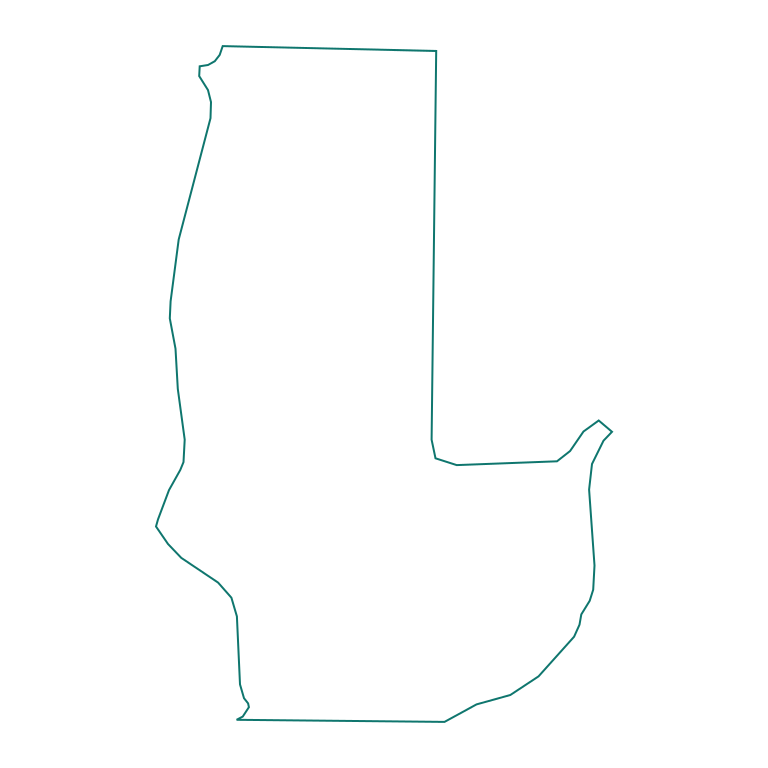 map outline of Davao (Natural Earth projection)
{"feature_id": "PHL-5528", "entity_name": "Davao", "entity_type": "Highly Urbanized City", "adm_level": 1, "iso_a3": "PHL", "parent_name": "Philippines", "parent_adm1": "", "projection": "natural_earth1", "projection_center": [125.415, 7.306], "detail": "fine", "context": "isolated", "style": "outline", "palette": "teal", "viewbox_px": 768, "rotation_deg": 0, "n_neighbors": 0, "source": "natural_earth", "source_scale": "10m", "svg_char_len": 791}
<svg xmlns="http://www.w3.org/2000/svg" viewBox="0 0 768 768"><path d="M612.0,431.8L611.8,432.0L603.5,440.7L592.0,464.0L589.1,489.6L594.5,565.5L593.2,589.7L589.7,600.8L581.3,614.4L579.5,624.7L574.1,636.7L538.5,676.4L510.3,695.0L476.5,704.4L444.5,721.9L236.6,719.8L242.7,716.6L242.8,716.5L248.9,707.2L248.1,703.4L244.0,698.2L240.0,684.4L236.9,616.4L231.4,597.7L218.1,582.6L181.3,557.9L168.0,544.0L156.0,526.5L158.0,519.4L169.0,490.1L180.3,469.9L183.5,462.1L184.7,439.6L177.8,388.9L175.5,348.7L169.8,318.4L170.6,301.3L178.7,239.5L210.5,118.2L211.0,102.1L208.0,90.1L199.2,76.1L199.7,66.3L208.0,65.0L214.8,61.2L219.7,54.9L222.7,46.1L436.2,51.0L431.6,439.7L435.5,458.3L456.7,465.1L557.0,461.3L570.1,451.0L583.5,431.5L598.7,420.5L612.0,431.8Z" fill="none" stroke="#0f766e" stroke-width="2"/></svg>